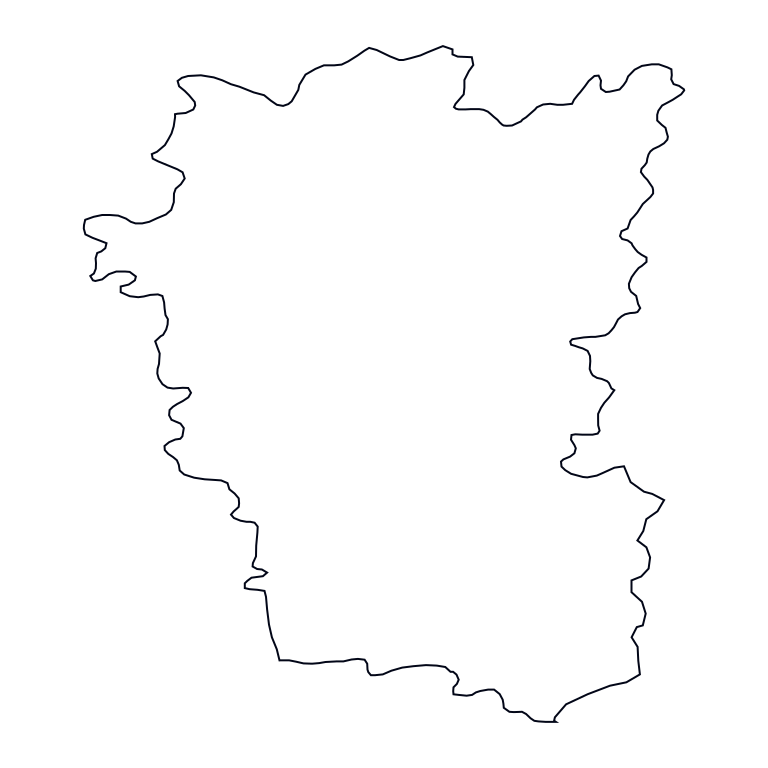 Krupki, Minsk, Belarus
{"feature_id": "67162791B85718992399445", "entity_name": "Krupki", "entity_type": "district", "adm_level": 2, "iso_a3": "BLR", "parent_name": "Belarus", "parent_adm1": "Minsk", "projection": "robinson", "projection_center": [29.17, 54.312], "detail": "fine", "context": "isolated", "style": "outline", "palette": "ink", "viewbox_px": 768, "rotation_deg": 0, "n_neighbors": 0, "source": "geoboundaries", "source_scale": "gbopen_adm2", "svg_char_len": 5522}
<svg xmlns="http://www.w3.org/2000/svg" viewBox="0 0 768 768"><path d="M624.0,466.3L614.4,467.7L602.5,473.1L596.8,475.6L587.3,477.4L583.0,477.0L571.1,473.8L565.3,470.2L561.5,466.6L561.0,461.6L563.4,459.4L570.1,456.6L574.4,453.3L575.8,448.3L574.4,445.1L571.0,439.7L571.5,435.0L575.3,434.3L582.9,434.7L592.4,434.7L597.7,433.6L599.6,430.7L598.2,425.4L598.1,418.9L598.1,413.9L601.0,407.8L604.3,402.8L609.1,397.4L614.3,390.2L611.4,388.4L608.9,383.0L607.1,381.2L601.6,378.9L597.0,377.9L592.8,375.4L591.2,372.9L589.7,369.0L590.3,361.2L590.0,355.9L587.6,350.9L582.7,348.4L578.7,347.2L575.1,345.9L571.1,344.7L570.2,341.5L572.3,339.2L578.1,338.3L583.9,337.4L590.6,336.9L595.2,336.9L605.2,335.3L608.6,333.3L611.6,330.1L614.0,327.1L616.2,323.0L618.0,319.5L621.6,316.3L625.0,314.3L629.9,313.1L635.0,312.7L637.5,312.0L640.2,308.1L638.1,304.0L637.1,299.8L636.2,295.9L631.0,291.8L629.2,288.2L628.9,283.8L631.6,277.2L635.0,272.4L638.6,268.0L641.7,266.0L646.5,261.9L646.5,257.5L641.6,254.8L637.7,252.0L635.2,249.1L632.5,245.4L631.6,243.3L627.6,240.4L622.1,239.0L620.0,236.0L621.5,231.2L627.6,228.5L630.6,220.0L634.0,216.4L637.3,212.5L640.3,207.9L642.8,204.0L650.4,197.0L653.1,193.5L653.1,189.9L652.5,187.4L647.3,179.8L644.2,176.6L640.9,172.1L641.5,168.7L644.8,165.2L646.7,162.5L647.3,158.6L648.5,154.5L650.3,151.5L653.3,149.0L659.1,146.3L664.0,143.3L667.3,139.7L667.9,136.7L666.7,132.6L665.5,127.8L661.8,124.9L657.2,120.5L657.2,114.8L658.4,110.7L662.1,105.5L668.5,102.1L672.7,99.8L677.6,96.6L681.2,94.3L684.2,90.4L684.1,90.0L683.9,89.3L679.1,85.9L673.6,84.1L671.2,79.3L671.8,75.2L671.4,69.3L667.5,67.4L658.7,64.3L652.0,64.3L641.9,65.9L634.6,69.7L628.1,76.4L626.2,81.3L623.4,85.3L619.6,89.5L609.6,91.7L605.8,92.0L601.0,88.8L600.5,85.3L601.0,80.6L598.6,75.6L594.4,76.0L588.7,81.0L584.9,86.3L580.1,92.4L578.2,94.5L574.0,99.8L572.1,103.8L563.0,104.8L557.3,104.8L550.2,103.8L543.1,104.5L536.9,107.3L535.0,109.5L526.1,117.3L522.5,119.6L521.0,121.4L517.9,122.8L512.1,125.5L506.7,125.8L503.6,125.5L502.1,124.6L499.7,122.4L497.5,119.8L493.9,116.9L490.8,114.1L487.8,111.6L483.5,109.8L479.0,109.1L471.4,109.1L465.6,109.4L458.6,109.4L455.9,108.7L454.0,107.1L455.5,103.9L463.7,94.4L464.4,87.8L464.4,80.0L468.9,71.1L473.3,65.0L471.8,57.2L457.7,56.6L452.5,54.4L452.5,49.4L442.9,46.1L435.7,49.0L427.1,52.5L420.5,55.4L410.5,58.2L403.3,60.0L399.1,60.0L390.0,56.4L376.7,50.0L369.1,47.9L364.4,50.7L357.3,55.7L348.2,61.4L341.6,64.6L334.5,65.3L324.0,65.3L315.4,68.9L305.5,74.6L299.3,84.9L298.3,89.9L295.0,95.6L291.7,101.3L288.3,104.1L283.1,105.9L276.9,104.8L270.8,100.6L264.1,95.2L253.7,92.4L239.4,86.7L230.9,84.2L222.3,80.3L213.8,77.4L200.9,75.3L188.1,76.0L181.9,77.8L177.6,81.0L179.1,86.3L184.7,90.9L189.0,95.2L194.7,102.0L195.2,105.5L193.3,109.5L185.7,113.0L177.6,113.7L175.0,114.2L175.1,117.0L173.7,126.4L171.5,133.5L168.4,139.2L164.9,145.1L157.0,151.8L151.8,154.1L152.7,158.6L158.2,161.4L169.6,166.1L177.4,169.3L182.6,172.3L184.7,178.5L180.9,184.2L175.7,188.7L174.0,193.5L173.8,202.2L171.2,209.9L165.9,214.5L157.1,218.2L149.3,221.8L142.2,223.4L135.5,223.4L130.8,221.8L126.0,218.6L118.2,215.6L109.9,215.0L102.1,215.0L93.7,216.8L85.2,219.8L84.0,225.0L83.8,228.6L85.4,234.4L92.5,237.8L100.1,240.7L106.5,243.2L105.3,248.2L101.3,251.4L97.2,253.0L95.6,258.3L96.0,263.2L95.8,268.7L93.9,273.5L90.3,276.0L92.9,280.3L95.3,281.0L102.2,279.4L108.8,274.2L116.4,271.5L124.7,271.5L129.7,271.9L135.9,276.5L134.9,280.3L128.7,284.6L120.7,286.5L120.7,292.2L129.7,296.2L138.2,297.2L143.7,296.5L150.3,294.9L157.9,294.4L162.4,296.0L164.1,302.4L164.6,308.5L165.5,315.1L167.9,319.2L167.6,324.5L166.2,329.5L163.1,334.9L160.7,336.2L155.2,341.3L157.4,347.4L159.7,353.5L159.0,364.0L157.6,368.9L157.3,373.5L158.7,378.5L162.5,384.2L167.5,387.6L173.2,388.5L182.7,387.8L188.2,388.0L191.0,392.8L188.4,397.3L182.7,401.1L177.0,404.1L172.9,406.8L169.6,410.0L169.1,415.2L171.5,419.8L180.5,423.6L183.8,428.1L182.4,436.3L180.3,438.8L175.3,439.5L169.1,442.2L164.5,446.0L164.8,450.1L168.3,453.9L173.1,457.1L176.9,460.3L178.8,464.8L179.7,470.5L184.2,474.5L194.2,477.7L204.7,479.3L215.4,480.0L221.1,480.4L227.5,483.1L229.4,489.3L234.6,493.5L238.7,498.3L239.1,503.3L238.7,506.9L237.0,508.5L233.7,511.4L231.0,514.6L233.9,518.0L240.5,520.7L246.5,521.8L250.3,521.8L254.6,522.7L257.7,526.6L257.4,532.6L256.2,545.7L256.0,556.4L252.9,563.1L252.6,566.5L257.1,569.0L261.9,569.5L267.1,572.6L262.9,576.2L251.5,577.7L247.4,580.8L244.8,583.3L244.8,588.1L249.7,589.2L257.5,589.8L264.5,590.9L266.0,596.8L267.1,609.4L269.0,624.6L271.9,637.3L276.8,649.3L279.5,660.4L281.2,660.3L289.0,660.3L296.1,661.7L303.5,663.4L312.1,663.7L319.2,663.1L325.5,662.0L336.7,661.4L343.4,661.4L351.6,659.5L357.9,658.9L364.6,659.7L367.2,663.7L367.5,669.6L368.3,672.1L370.9,675.2L375.0,675.2L382.8,674.4L391.4,670.7L402.2,667.6L413.3,666.2L426.0,665.1L436.8,665.6L445.3,667.0L450.5,671.8L453.1,671.8L456.5,674.6L458.7,679.7L456.9,683.9L453.5,687.3L453.2,691.2L453.5,694.3L458.7,694.9L466.6,695.7L472.1,694.9L475.9,692.4L480.3,691.0L488.1,689.6L494.1,689.6L499.7,694.1L502.7,699.7L503.4,703.6L503.8,707.8L509.4,711.8L513.8,712.1L522.0,711.8L526.1,714.0L530.6,718.3L534.3,720.8L538.4,721.4L546.2,721.9L550.7,721.9L555.9,721.9L554.1,720.7L554.9,717.3L566.1,704.3L587.7,694.2L610.0,685.7L626.4,682.3L639.9,674.4L638.3,660.9L637.6,646.8L637.3,646.4L631.6,637.3L636.8,627.1L642.8,625.4L645.7,613.6L642.0,601.8L631.5,592.2L631.5,580.4L641.2,576.5L648.6,568.6L650.1,557.4L646.4,547.3L637.4,540.5L643.3,531.0L646.3,519.2L657.5,511.3L664.1,500.1L652.2,493.9L644.0,491.7L630.6,482.1L624.0,466.3Z" fill="none" stroke="#020617" stroke-width="2"/></svg>